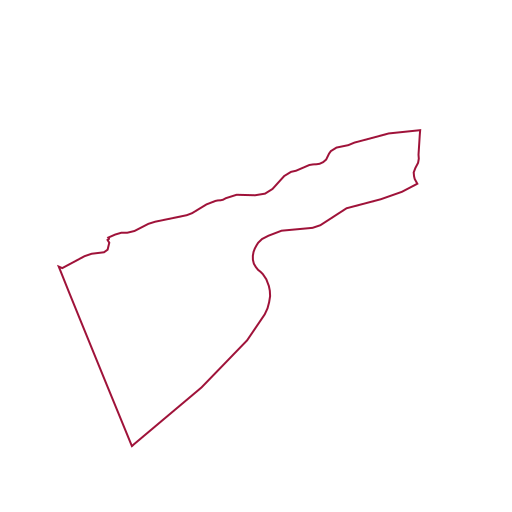 the Province of Aqaba, rotated 58°
{"feature_id": "JOR-849", "entity_name": "Aqaba", "entity_type": "Province", "adm_level": 1, "iso_a3": "JOR", "parent_name": "Jordan", "parent_adm1": "", "projection": "albers", "projection_center": [35.24, 29.976], "detail": "fine", "context": "isolated", "style": "outline", "palette": "rose", "viewbox_px": 512, "rotation_deg": 58, "n_neighbors": 0, "source": "natural_earth", "source_scale": "10m", "svg_char_len": 1257}
<svg xmlns="http://www.w3.org/2000/svg" viewBox="0 0 512 512"><g transform="rotate(58 256 256)"><path d="M162.1,371.5L163.2,364.0L164.9,357.9L168.1,352.7L170.4,345.8L171.7,330.2L173.5,323.3L184.7,293.1L185.8,287.5L186.0,270.6L187.8,261.2L188.7,258.8L189.9,256.7L190.8,254.2L191.0,250.9L193.8,240.0L204.0,224.6L207.9,215.3L207.9,206.5L203.1,189.6L203.2,181.7L204.9,176.9L207.1,162.5L208.6,159.0L210.2,156.2L211.5,153.2L212.0,149.3L211.4,145.4L207.9,139.8L206.7,136.9L206.7,130.3L210.9,119.0L212.0,112.4L222.4,78.5L236.3,50.1L239.9,52.8L256.2,64.5L259.8,66.4L262.9,69.2L265.8,74.2L268.7,78.0L272.1,79.7L274.8,80.6L280.2,80.9L278.9,98.2L274.0,120.1L263.5,153.9L264.0,185.1L262.1,193.1L248.1,220.9L245.4,234.7L244.8,241.9L245.9,247.1L247.2,249.8L249.0,253.0L251.2,255.9L254.2,258.6L257.5,260.6L261.4,261.9L265.2,262.0L268.8,261.6L271.9,260.5L275.0,259.8L281.2,259.6L288.3,261.0L292.8,262.7L297.5,265.3L302.2,269.4L306.5,274.0L310.1,279.5L322.8,308.2L338.6,371.9L351.0,459.5L351.5,461.9L351.5,462.0L322.9,457.1L287.1,451.0L253.5,445.2L215.9,438.7L187.2,433.7L160.5,428.9L163.6,426.7L165.3,401.5L167.0,394.2L172.3,382.9L172.0,378.5L167.0,373.4L163.7,373.4L163.6,372.5L163.6,371.7L163.2,371.4L162.1,371.5Z" fill="none" stroke="#9f1239" stroke-width="2"/></g></svg>